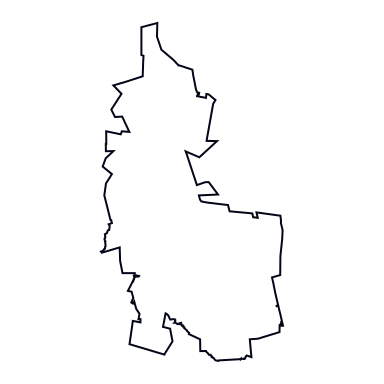 the district of Villa de Guadalupe, San Luis Potosí, Mexico
{"feature_id": "50627088B59646352587230", "entity_name": "Villa de Guadalupe", "entity_type": "district", "adm_level": 2, "iso_a3": "MEX", "parent_name": "Mexico", "parent_adm1": "San Luis Potosí", "projection": "natural_earth1", "projection_center": [-100.683, 23.271], "detail": "fine", "context": "isolated", "style": "outline", "palette": "ink", "viewbox_px": 384, "rotation_deg": 0, "n_neighbors": 0, "source": "geoboundaries", "source_scale": "gbopen_adm2", "svg_char_len": 5098}
<svg xmlns="http://www.w3.org/2000/svg" viewBox="0 0 384 384"><path d="M281.0,220.4L280.4,215.7L275.9,215.1L256.5,212.4L257.7,217.8L256.9,217.7L255.6,217.5L254.2,217.4L253.2,217.2L252.3,213.4L229.6,211.3L228.0,205.0L225.9,204.8L223.4,204.5L213.5,203.3L209.3,202.8L206.9,202.5L206.5,202.4L205.1,202.2L201.3,201.4L200.0,199.6L198.9,195.4L207.8,195.0L212.3,194.8L216.2,194.6L218.0,194.5L208.7,182.1L205.1,182.2L196.9,185.1L186.6,153.9L185.7,151.4L199.3,157.3L217.0,141.1L213.3,141.0L206.6,140.9L207.0,138.3L213.2,103.7L214.9,101.0L215.5,100.0L213.6,98.5L208.7,94.4L206.4,94.0L206.4,94.4L206.0,97.0L205.9,97.9L205.1,97.7L204.5,97.6L202.5,97.2L201.4,97.0L200.6,96.9L200.3,96.8L199.5,96.6L199.0,96.5L198.4,96.4L198.0,96.3L197.3,96.2L197.1,96.2L197.2,95.4L197.7,95.1L197.9,94.2L198.9,94.3L199.2,92.8L198.4,92.6L197.3,92.5L196.6,90.9L196.0,89.6L193.9,78.7L193.3,75.9L192.4,69.7L179.3,65.4L179.1,65.5L179.0,65.4L178.6,65.3L178.4,65.3L178.3,65.2L178.2,65.1L178.1,64.8L177.8,64.5L177.3,64.0L176.5,63.3L175.9,62.6L175.8,62.3L173.2,59.7L161.4,49.7L157.0,36.7L157.3,23.0L141.4,27.2L141.4,32.5L141.4,55.0L143.5,55.8L143.1,63.8L143.1,64.0L142.7,76.3L125.4,81.9L113.4,85.4L121.5,93.8L111.3,109.6L115.0,117.0L122.2,116.6L129.3,131.9L121.8,131.3L120.8,134.3L106.2,131.3L106.3,143.8L105.8,143.8L105.9,151.2L113.4,151.1L105.7,158.3L102.7,166.6L111.9,174.1L106.0,183.4L104.3,195.4L107.4,207.6L110.4,219.8L111.2,220.0L111.2,220.8L111.7,221.8L111.6,222.3L111.9,223.1L108.7,224.3L109.7,225.8L109.2,230.0L107.7,230.5L107.0,233.0L104.9,234.2L105.2,234.9L105.0,235.6L105.2,236.0L105.3,236.4L105.1,237.1L105.3,237.6L104.9,238.4L104.5,238.7L104.5,239.0L104.7,239.7L104.9,241.0L105.4,241.3L105.2,241.8L105.2,242.5L105.4,243.1L105.3,244.0L105.6,245.0L105.6,245.8L105.2,246.7L105.0,246.9L105.2,247.7L105.0,248.2L105.0,248.7L104.2,249.0L103.9,249.3L103.7,250.2L103.6,250.4L102.8,250.9L102.3,250.9L101.7,251.4L101.0,251.6L101.8,252.7L119.7,247.4L120.1,260.8L122.5,273.1L134.1,273.1L134.8,273.2L134.7,273.5L134.6,273.8L134.5,274.0L134.5,274.4L134.3,275.0L139.1,276.0L138.9,276.4L137.8,276.7L135.6,276.3L135.5,276.6L134.1,276.4L134.2,276.6L134.2,276.8L134.2,277.0L134.9,277.2L134.0,278.6L133.8,278.9L133.7,279.2L133.6,279.4L133.9,279.6L133.8,279.8L133.7,280.0L133.4,280.3L133.2,280.5L133.2,280.8L133.1,281.0L133.1,281.3L132.8,281.2L132.4,282.1L127.9,290.9L131.0,291.6L131.6,291.7L133.3,297.8L131.3,302.5L133.0,303.6L134.2,301.4L136.2,308.8L139.5,313.9L138.5,319.2L140.5,319.2L140.4,322.4L132.8,320.9L132.0,327.0L129.5,344.2L164.4,354.6L164.7,353.8L172.5,341.4L170.1,328.7L163.5,327.0L163.0,326.9L165.6,313.4L166.2,313.7L166.5,313.8L167.0,314.1L167.1,314.3L167.4,314.6L167.5,314.7L167.7,314.8L167.8,314.9L167.9,315.1L168.1,315.3L168.4,315.8L168.7,316.2L168.8,316.4L168.9,316.7L169.2,317.4L169.3,317.7L169.5,318.2L169.7,318.6L170.0,319.0L170.2,319.5L170.7,319.3L171.0,319.5L173.3,319.1L175.2,319.5L175.2,319.8L175.2,320.0L175.3,320.3L175.2,320.4L175.2,320.5L175.0,320.8L175.0,321.0L175.2,321.3L175.2,321.5L175.0,321.9L175.0,322.0L174.8,322.1L174.7,322.4L174.6,322.5L174.4,322.7L174.6,322.7L174.8,322.7L175.0,322.7L175.1,322.8L175.3,322.9L175.5,322.9L175.8,322.9L176.3,323.3L176.7,323.7L177.1,323.7L177.4,324.0L177.8,323.8L178.1,324.0L178.5,324.1L178.9,324.2L179.0,324.1L179.1,323.7L179.7,323.8L179.7,323.7L179.8,323.4L180.1,323.0L180.4,323.0L180.8,322.9L180.7,323.2L180.7,323.4L180.8,323.6L181.3,323.8L181.5,324.1L181.3,324.2L181.3,324.3L181.5,324.8L181.5,325.1L181.9,325.2L181.9,325.6L182.1,325.6L182.2,325.4L182.6,325.3L182.9,325.4L183.0,325.7L182.9,325.8L183.1,326.0L183.3,326.2L183.3,326.4L183.5,326.3L183.8,326.5L184.0,326.7L184.0,327.0L184.2,328.0L184.6,328.0L184.7,328.5L186.8,330.3L187.1,331.1L188.8,332.6L189.0,332.8L188.8,333.0L189.0,333.7L188.9,334.1L200.1,339.3L200.3,351.1L206.0,351.0L206.1,351.5L206.9,352.4L207.5,352.8L209.0,354.8L210.5,354.8L210.5,355.3L210.8,355.4L211.0,355.5L211.2,355.8L211.3,355.9L211.4,356.0L211.4,356.3L211.5,356.3L211.7,356.1L211.9,356.3L211.7,356.5L211.8,356.9L211.9,357.0L211.9,357.3L212.3,357.5L213.0,357.7L213.3,357.7L213.5,357.8L213.8,358.2L213.9,358.4L214.1,358.6L214.2,358.9L214.5,359.2L214.9,359.8L215.2,360.0L215.8,360.4L217.8,360.7L218.2,361.0L218.7,360.8L218.9,360.4L239.8,359.2L240.1,359.0L240.4,359.5L241.0,358.9L241.0,359.1L241.4,359.1L242.0,358.9L242.3,358.8L242.9,358.8L243.2,358.7L243.3,358.9L243.5,359.0L244.3,359.0L244.6,358.7L245.2,358.5L245.4,357.1L246.7,355.5L251.4,357.1L249.8,339.3L252.2,339.1L258.0,338.7L261.3,337.7L263.7,336.9L266.2,336.2L268.7,335.4L272.0,334.4L274.5,333.7L276.9,332.9L279.5,332.1L279.6,327.9L279.6,324.3L279.5,324.1L280.1,324.6L280.7,325.0L281.0,324.7L281.4,324.8L281.5,324.9L281.6,325.0L281.7,325.8L283.0,325.7L282.3,322.9L282.2,323.0L281.4,324.0L280.8,323.8L280.8,323.7L281.2,323.3L281.4,323.3L281.3,322.9L281.2,322.1L282.1,322.1L281.3,318.5L280.2,313.7L279.1,309.4L278.3,305.8L276.7,306.2L276.6,305.8L278.2,305.3L277.5,302.6L276.6,298.7L275.9,295.7L275.0,291.7L273.3,283.0L272.0,277.4L273.7,276.9L275.9,276.3L278.0,275.7L280.2,275.1L280.4,256.1L282.2,238.9L282.6,230.1L280.9,223.0L281.0,220.4Z" fill="none" stroke="#020617" stroke-width="2"/></svg>